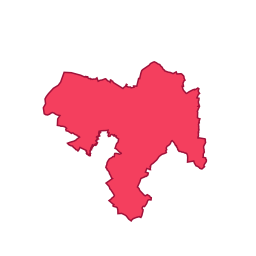 the district of Kudan, Kaduna, Nigeria, rotated 36°
{"feature_id": "59680162B63511927639310", "entity_name": "Kudan", "entity_type": "district", "adm_level": 2, "iso_a3": "NGA", "parent_name": "Nigeria", "parent_adm1": "Kaduna", "projection": "orthographic", "projection_center": [7.758, 11.266], "detail": "fine", "context": "isolated", "style": "filled", "palette": "rose", "viewbox_px": 256, "rotation_deg": 36, "n_neighbors": 0, "source": "geoboundaries", "source_scale": "gbopen_adm2", "svg_char_len": 5955}
<svg xmlns="http://www.w3.org/2000/svg" viewBox="0 0 256 256"><g transform="rotate(36 128 128)"><path d="M47.6,161.4L51.8,165.7L53.6,165.6L55.3,164.7L56.5,162.8L56.7,161.8L57.6,160.0L59.3,159.4L61.4,159.4L63.5,158.9L65.6,157.9L65.8,162.0L69.3,167.4L71.6,166.2L72.5,166.1L74.1,165.0L76.0,164.2L78.5,164.3L78.4,165.6L79.6,166.6L81.4,165.8L85.3,165.6L85.3,165.3L86.3,164.4L88.7,164.4L91.0,163.8L91.3,164.1L92.9,163.9L93.1,163.6L94.2,163.8L93.2,166.9L92.9,168.6L92.0,170.4L89.5,173.6L88.0,175.9L89.7,176.3L91.9,176.0L93.9,175.2L94.9,175.7L97.6,175.8L98.1,176.1L98.9,176.1L99.6,175.7L101.0,176.0L101.1,175.2L100.6,171.9L107.6,170.7L107.9,171.6L108.9,171.8L109.2,172.8L109.7,172.6L110.1,173.3L111.2,172.9L111.3,173.2L112.9,173.2L113.4,172.9L113.2,172.6L113.6,172.3L113.1,171.7L112.9,172.1L112.7,172.1L112.4,171.8L112.8,171.5L112.7,170.9L112.2,171.3L112.3,170.7L111.2,169.5L111.2,169.2L110.7,168.9L110.9,168.5L110.9,167.5L111.2,167.0L110.7,166.8L110.6,167.3L110.3,167.3L109.7,165.6L109.9,165.5L110.3,165.9L110.1,165.1L110.2,164.9L110.5,165.3L110.8,165.1L110.4,164.7L110.1,164.8L109.7,164.5L109.8,164.0L110.2,164.3L110.4,163.8L109.2,163.2L109.1,162.7L109.2,162.4L109.5,162.4L110.4,162.7L110.2,162.2L110.8,161.8L110.9,161.0L111.3,161.2L111.3,160.5L111.5,160.6L111.4,160.9L112.0,160.9L111.9,160.1L112.3,160.0L112.1,159.4L112.2,158.9L111.6,158.9L111.7,157.7L110.5,157.8L109.5,157.2L109.7,156.9L109.6,156.4L110.0,156.4L109.8,155.5L110.3,155.1L110.2,154.6L110.4,154.3L110.0,154.3L109.8,154.8L109.5,154.8L109.5,154.2L109.1,154.4L108.6,153.9L109.2,153.5L108.9,153.1L108.6,153.5L108.4,153.4L108.1,153.8L107.8,153.8L107.8,153.4L108.1,152.8L108.6,153.0L108.6,152.6L109.1,152.0L109.1,151.1L109.5,151.5L109.8,151.0L109.0,150.6L108.7,150.9L108.7,150.6L108.2,150.4L108.2,149.8L107.5,149.6L107.5,149.3L108.3,149.2L108.2,148.7L108.0,149.1L107.8,148.9L108.2,148.2L107.6,148.3L107.8,148.0L107.4,147.7L107.3,148.2L106.9,147.7L106.5,148.1L106.3,148.0L106.1,148.2L108.5,145.5L111.9,142.8L113.2,141.5L114.2,143.9L115.6,143.2L116.2,145.5L116.4,145.9L117.1,145.9L117.3,146.2L118.3,145.3L118.0,143.9L118.3,143.1L119.2,142.5L120.2,142.6L120.1,142.4L120.7,142.1L121.0,141.6L121.3,142.1L121.7,142.0L121.8,142.4L122.6,141.7L123.2,142.0L123.4,141.6L123.9,142.5L126.8,142.4L128.0,144.7L128.2,145.5L128.0,147.1L128.1,147.8L129.5,152.1L130.4,151.8L131.9,151.9L135.0,152.5L137.1,152.3L137.5,152.6L136.3,154.4L135.2,154.6L133.3,155.5L132.3,156.4L132.5,157.1L133.7,159.2L132.5,160.0L132.4,161.2L131.1,163.9L131.1,165.8L131.4,168.2L132.6,170.6L132.7,171.6L133.4,173.1L134.7,173.2L135.6,174.1L136.7,174.1L139.1,175.0L139.8,175.8L140.9,176.2L144.3,178.1L145.1,178.0L142.6,185.5L147.1,186.4L149.2,187.9L150.6,188.1L155.5,190.0L156.7,190.7L156.8,192.3L156.2,193.7L156.2,195.0L155.3,197.9L160.8,198.4L161.5,198.2L161.6,199.8L162.1,200.0L165.2,198.8L166.1,198.8L167.9,200.2L170.2,203.2L173.1,200.8L176.3,200.2L178.2,200.1L182.2,201.3L185.2,201.3L185.1,200.3L185.5,198.3L187.2,195.6L189.3,193.0L189.8,193.1L191.0,192.8L190.7,190.9L188.9,186.4L188.2,185.2L187.1,185.1L186.3,184.1L186.3,182.5L186.5,182.2L187.5,181.9L187.6,181.2L187.5,178.2L186.7,175.4L186.7,174.3L187.4,173.5L188.9,172.7L188.8,172.4L187.8,170.7L186.6,170.9L185.5,170.4L182.8,170.6L181.9,172.6L181.0,172.9L174.6,171.7L173.8,171.4L172.5,170.5L170.3,170.2L169.2,164.7L168.1,161.3L170.2,157.8L170.3,157.0L171.0,156.7L171.5,155.6L171.4,154.6L171.7,154.3L170.9,152.5L168.0,153.4L167.0,149.7L169.4,148.8L169.7,149.0L170.6,148.5L169.8,147.7L169.1,146.1L168.6,146.2L168.3,144.6L168.6,142.7L169.0,141.8L170.0,136.9L169.9,132.7L170.9,129.4L172.6,127.0L173.5,125.3L171.9,124.1L172.1,122.8L170.9,122.0L170.5,121.2L170.4,119.4L170.9,118.7L171.4,116.8L171.3,115.2L170.9,113.9L171.0,112.4L171.2,112.2L174.1,112.8L176.6,114.1L177.3,113.8L177.8,114.0L177.9,114.5L179.7,115.1L181.2,116.4L181.9,116.3L183.0,116.9L184.6,116.0L185.8,115.8L186.9,115.1L189.1,114.7L189.4,114.3L190.5,114.2L192.0,115.0L193.5,116.6L196.2,120.6L200.6,116.1L202.2,117.3L205.2,118.6L207.0,118.1L209.1,118.1L209.6,118.4L211.0,118.1L211.9,117.7L212.6,114.4L212.0,114.4L211.3,113.2L211.1,112.0L211.1,109.6L210.8,108.6L210.0,107.6L209.2,107.5L208.5,106.6L207.6,106.8L205.9,107.6L205.5,106.7L204.1,104.6L203.9,102.6L202.9,101.7L202.4,100.9L201.0,99.8L199.9,98.2L199.3,94.1L198.1,93.0L197.4,91.9L196.7,91.5L191.2,94.3L190.6,94.9L189.9,94.2L189.7,93.0L187.7,90.6L187.9,90.3L187.8,90.1L187.4,89.9L187.5,89.7L186.9,89.2L186.8,88.4L186.0,87.7L186.1,87.2L185.6,87.1L184.6,85.5L184.4,85.5L184.4,85.2L183.0,83.8L182.5,82.6L182.6,82.1L182.2,82.0L182.3,81.6L181.5,80.7L180.8,78.3L179.5,78.8L178.1,78.8L175.1,74.3L174.3,73.8L173.1,68.6L172.0,69.2L172.2,67.7L170.3,66.4L169.7,65.6L169.1,64.8L169.0,63.9L168.0,62.2L166.0,63.1L165.2,59.4L165.6,58.0L163.8,57.3L163.0,56.7L162.3,54.6L161.0,54.6L160.6,55.8L159.5,57.9L159.0,57.7L158.1,58.9L156.1,62.8L155.4,64.9L154.8,65.8L151.0,65.0L149.6,64.3L147.3,62.4L148.4,61.7L147.6,60.8L146.6,60.1L146.0,58.9L145.6,56.8L146.0,55.8L144.1,54.8L143.2,53.7L142.0,53.0L141.3,53.1L140.4,52.8L139.0,52.9L135.9,55.5L134.0,54.3L132.5,57.5L129.6,58.2L127.7,59.2L124.8,60.0L123.9,60.2L123.5,59.8L121.5,59.7L120.0,58.8L118.0,58.6L116.4,58.0L114.9,58.5L112.4,58.6L110.4,59.0L109.7,59.9L108.3,62.7L108.3,64.6L105.6,72.1L105.4,73.5L106.2,76.1L108.4,81.2L107.5,81.7L110.5,89.0L107.9,90.7L108.9,91.5L106.9,93.7L105.9,93.4L104.4,94.6L102.2,95.2L101.9,94.6L101.7,93.5L101.0,93.6L101.3,95.1L101.3,96.3L100.9,97.3L100.7,99.0L90.1,99.8L88.0,99.4L87.9,99.2L86.5,99.6L85.9,99.2L85.6,99.4L86.6,101.5L85.5,101.4L83.8,101.8L81.1,101.3L80.6,101.6L78.6,104.7L78.1,105.0L77.2,106.1L76.4,107.7L73.4,105.7L73.1,106.6L73.2,107.3L71.1,108.9L70.9,109.4L69.3,110.0L69.3,110.3L69.0,110.2L68.4,110.4L68.2,110.2L67.3,111.0L66.5,111.0L65.8,110.8L65.5,110.3L65.2,110.3L64.0,111.0L64.4,111.3L63.8,111.6L63.1,111.5L62.7,112.3L58.8,113.1L49.6,116.6L43.6,120.5L46.5,130.3L46.5,134.4L44.3,139.7L43.5,146.8L43.4,150.4L43.8,153.3L47.1,156.9L47.6,161.4Z" fill="#f43f5e" stroke="#9f1239" stroke-width="1.5"/></g></svg>